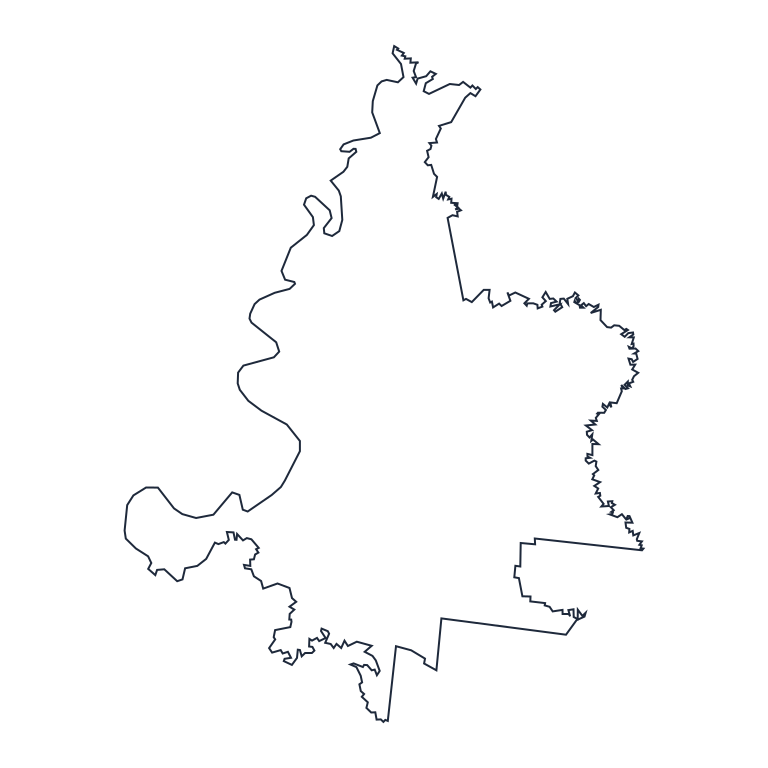 Hidalgotitlán, Veracruz, Mexico
{"feature_id": "50627088B3340107825603", "entity_name": "Hidalgotitlán", "entity_type": "district", "adm_level": 2, "iso_a3": "MEX", "parent_name": "Mexico", "parent_adm1": "Veracruz", "projection": "mercator", "projection_center": [-94.598, 17.582], "detail": "fine", "context": "isolated", "style": "outline", "palette": "slate", "viewbox_px": 768, "rotation_deg": 0, "n_neighbors": 0, "source": "geoboundaries", "source_scale": "gbopen_adm2", "svg_char_len": 6061}
<svg xmlns="http://www.w3.org/2000/svg" viewBox="0 0 768 768"><path d="M642.0,550.3L643.4,548.6L640.6,548.2L641.7,545.3L639.4,544.8L641.9,541.4L637.2,540.8L636.8,539.2L639.3,533.0L633.3,535.4L632.7,530.9L629.2,532.4L629.4,528.9L626.2,527.8L625.5,522.5L632.4,522.7L629.5,516.1L627.7,516.0L627.0,517.7L628.8,518.5L626.3,519.6L621.9,514.2L617.4,517.2L609.8,514.4L612.3,514.0L612.9,512.3L611.3,511.9L613.7,510.2L610.8,507.2L614.9,504.8L611.9,503.1L612.3,501.2L607.9,501.5L608.9,506.0L601.4,506.5L603.6,503.9L598.2,496.9L600.3,495.7L599.9,493.0L595.7,493.5L598.2,488.5L594.3,485.9L600.1,482.1L592.3,479.3L594.2,475.4L592.9,474.1L598.3,470.0L595.7,466.1L596.4,461.6L594.4,460.6L588.8,463.6L585.7,460.6L585.7,458.3L590.0,457.8L587.5,456.5L587.4,453.9L592.4,455.1L592.4,444.0L598.6,444.2L593.0,439.5L591.3,440.9L592.3,434.3L589.5,437.5L587.0,434.8L586.8,431.7L592.0,430.2L585.9,425.5L595.3,424.5L590.8,420.6L596.8,420.9L595.8,417.9L598.9,414.2L597.2,413.6L598.0,412.7L604.2,412.8L605.9,410.0L602.4,406.7L602.9,403.9L607.3,407.5L609.0,403.9L611.4,407.3L610.2,402.4L616.7,403.2L621.8,391.3L621.1,388.5L622.9,388.4L621.3,385.0L625.4,389.0L628.0,388.3L624.6,384.8L627.8,381.6L627.8,385.5L630.3,386.4L628.9,383.4L633.2,381.8L632.2,379.8L634.0,376.2L638.2,372.8L632.2,369.5L635.2,364.6L630.4,364.7L628.5,358.6L631.7,359.2L633.1,361.9L637.6,358.9L636.2,353.6L634.2,353.5L638.3,351.1L635.5,348.5L629.5,348.7L628.8,346.8L632.2,348.4L633.6,346.1L633.5,343.6L631.7,344.0L633.8,337.4L629.3,337.3L633.3,334.5L633.0,332.5L628.3,333.1L624.7,336.8L621.2,334.2L627.9,330.0L626.3,328.9L624.4,330.1L619.2,325.8L614.2,325.3L611.1,327.6L607.1,327.1L600.5,320.1L600.8,309.8L590.7,313.0L598.2,307.0L598.5,304.7L593.8,307.0L588.7,304.0L586.1,306.2L583.8,303.1L581.0,305.3L583.5,307.7L580.0,307.7L579.6,305.2L574.3,302.1L574.7,300.8L575.9,302.7L578.7,302.0L579.9,299.9L578.6,298.5L577.5,300.4L575.6,298.1L578.4,295.4L574.9,292.5L572.9,296.2L567.3,298.8L568.1,304.1L563.8,298.6L560.4,298.9L559.8,302.6L562.2,307.2L555.3,311.7L554.0,310.2L559.8,304.3L550.4,306.5L551.0,303.1L556.6,301.6L553.3,298.5L549.7,298.9L545.7,292.0L542.4,297.3L545.8,301.1L541.7,304.7L542.4,306.6L537.7,308.4L537.4,304.8L533.2,303.3L527.3,303.4L526.7,305.7L524.4,303.3L528.9,298.8L515.3,292.5L509.1,295.5L507.4,292.4L510.4,300.8L501.6,306.0L499.1,303.6L493.1,307.4L491.9,301.6L490.2,302.5L488.6,298.3L489.6,289.9L483.7,289.9L471.8,302.1L466.0,298.9L463.4,300.3L447.6,217.9L452.5,215.2L457.7,216.4L457.1,211.8L460.9,210.3L458.9,208.6L455.3,209.5L458.0,207.4L454.0,204.4L457.3,205.2L457.6,203.2L451.2,202.8L451.5,198.7L448.2,199.4L449.3,196.9L445.9,194.8L445.7,191.7L443.2,198.6L441.8,193.5L438.7,198.9L436.2,197.2L436.7,194.0L432.9,196.9L437.1,176.9L434.0,173.8L431.2,164.9L427.8,165.3L424.8,162.1L428.6,157.2L427.1,150.8L430.5,149.0L431.4,145.7L429.4,143.1L437.0,142.5L435.9,139.0L440.8,128.5L439.0,125.9L451.2,122.1L465.2,97.7L470.4,93.1L475.5,96.2L480.4,89.5L477.7,87.1L475.8,89.0L472.4,85.5L470.4,87.6L463.1,81.9L459.1,85.0L449.8,84.0L429.0,93.9L423.7,91.2L425.8,83.2L432.8,79.0L432.1,76.8L435.8,73.9L430.4,71.3L426.2,76.2L417.6,78.6L416.1,83.6L412.6,77.7L416.0,77.1L413.7,71.0L416.0,63.5L418.5,62.3L410.4,62.7L410.8,58.4L404.7,58.7L405.3,56.3L401.9,55.6L403.8,53.0L397.0,49.8L398.2,48.5L394.2,46.1L392.6,53.3L401.0,64.0L403.5,77.1L397.9,82.3L386.7,79.9L381.6,81.4L377.4,85.4L372.8,101.1L372.2,112.4L379.8,133.1L370.9,137.7L353.4,140.5L343.6,144.4L340.2,149.2L341.3,151.2L349.6,151.8L353.5,148.8L355.6,148.9L356.3,151.8L348.7,158.4L347.3,166.8L343.4,171.8L330.7,180.6L338.8,190.6L340.8,196.3L342.3,219.9L339.3,231.1L332.1,236.0L324.3,233.3L323.8,228.1L331.6,218.1L329.7,210.3L315.1,196.8L311.1,195.7L306.2,198.3L304.0,204.7L312.9,217.1L313.9,225.1L306.9,234.9L290.8,247.7L281.5,270.9L285.1,279.7L294.3,282.0L295.0,283.8L289.6,288.9L274.7,292.8L259.5,299.6L254.6,304.1L250.2,313.7L249.5,318.6L251.5,322.6L276.2,342.3L279.2,351.6L273.9,357.3L243.4,365.6L238.1,372.6L237.7,383.4L239.8,389.8L248.3,400.8L261.5,410.7L286.8,424.5L299.9,441.0L299.9,451.2L284.9,480.5L280.9,487.0L271.7,495.0L247.7,511.5L242.8,509.7L239.4,494.9L232.2,492.4L213.4,514.7L196.1,518.0L182.3,514.1L174.0,508.4L157.9,487.6L146.1,487.5L133.4,495.4L127.2,505.1L124.6,530.6L125.8,538.6L135.9,548.5L148.1,556.3L151.3,563.0L148.2,568.9L155.3,575.1L157.1,569.9L164.3,569.3L177.2,581.2L182.5,579.4L185.1,568.3L197.3,565.9L206.2,558.9L214.9,542.6L218.4,544.1L223.8,542.1L225.4,543.6L228.8,539.9L226.9,532.0L233.5,532.4L235.0,539.7L236.5,539.8L237.1,534.0L243.0,540.4L246.8,538.1L251.4,539.3L258.7,547.9L256.1,549.2L258.4,552.6L255.1,554.5L253.9,559.3L250.1,559.6L250.3,565.9L244.0,564.9L245.0,568.3L251.3,569.3L253.9,576.3L261.1,581.0L263.2,588.6L277.5,583.5L289.5,588.0L292.0,598.1L296.2,601.8L289.5,606.7L294.3,609.6L289.7,613.9L289.3,619.5L291.2,619.6L291.5,621.8L290.3,627.1L275.1,630.1L273.7,637.2L275.2,639.4L269.1,648.1L272.1,652.6L280.7,650.1L282.7,653.5L287.9,651.8L291.0,657.8L284.6,658.8L283.8,661.1L291.9,664.9L297.0,657.9L297.8,649.7L299.9,650.0L301.7,656.3L305.1,653.0L311.9,653.0L314.4,650.6L312.4,646.9L309.1,646.5L309.4,638.9L312.0,640.6L317.0,637.9L319.2,641.1L325.6,638.0L321.0,631.0L321.6,628.6L327.8,631.2L329.1,633.7L325.2,642.8L330.7,644.0L333.7,648.0L336.5,643.9L341.2,648.0L344.5,640.7L347.9,646.0L356.8,641.7L371.7,645.8L364.7,651.8L372.5,655.9L375.8,660.4L379.7,670.9L376.9,675.2L374.7,669.6L371.7,670.3L367.2,665.1L364.1,664.9L362.9,667.0L353.6,663.4L350.4,664.5L356.4,667.1L360.7,675.7L362.1,682.4L359.4,684.3L360.8,691.1L364.1,694.0L361.8,696.8L367.8,702.3L366.4,707.9L371.2,712.5L375.3,712.3L376.6,719.6L380.8,719.4L383.4,721.9L385.3,719.9L387.8,720.9L396.0,646.2L411.2,650.3L425.0,658.6L424.1,663.5L436.4,670.3L441.4,618.4L566.0,634.7L576.5,620.2L584.5,616.6L585.6,612.8L582.4,615.9L577.8,609.7L577.7,619.1L573.7,617.0L573.5,609.3L568.4,610.1L570.1,616.3L568.8,614.0L562.6,614.0L562.5,609.9L552.7,611.4L549.6,606.8L544.7,605.4L545.1,603.1L530.3,601.4L530.5,596.5L522.4,596.3L518.9,578.1L514.3,577.3L515.4,565.8L520.3,566.5L520.7,543.0L535.1,544.3L534.8,538.5L642.0,550.3Z" fill="none" stroke="#1e293b" stroke-width="2"/></svg>